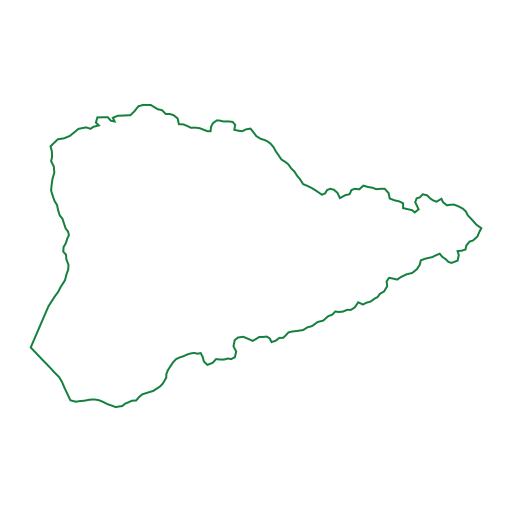 Formigueiro, Rio Grande do Sul, Brazil
{"feature_id": "56859067B95835939959880", "entity_name": "Formigueiro", "entity_type": "district", "adm_level": 2, "iso_a3": "BRA", "parent_name": "Brazil", "parent_adm1": "Rio Grande do Sul", "projection": "robinson", "projection_center": [-53.474, -29.98], "detail": "fine", "context": "isolated", "style": "outline", "palette": "green", "viewbox_px": 512, "rotation_deg": 0, "n_neighbors": 0, "source": "geoboundaries", "source_scale": "gbopen_adm2", "svg_char_len": 3483}
<svg xmlns="http://www.w3.org/2000/svg" viewBox="0 0 512 512"><path d="M161.9,110.1L157.8,109.3L150.8,105.0L143.2,104.9L138.4,106.3L134.3,111.4L130.4,115.2L117.6,115.8L112.9,117.8L114.6,121.5L111.0,120.8L107.7,117.2L97.4,117.4L95.9,122.6L98.8,125.4L93.5,126.8L90.5,128.8L86.2,127.4L78.6,128.8L69.9,135.9L63.8,138.4L57.8,139.3L50.5,146.3L51.9,151.5L52.1,156.9L51.1,161.1L53.8,166.5L54.3,172.6L52.5,179.0L51.6,185.0L51.1,190.6L53.1,197.0L54.6,201.1L57.0,204.9L58.1,210.2L59.8,215.5L62.5,218.8L64.0,223.6L65.7,228.6L68.1,231.6L68.9,235.2L67.3,238.4L66.0,242.8L63.5,247.3L63.3,251.7L66.0,254.7L66.4,259.5L68.5,264.8L68.2,269.6L66.4,274.6L65.0,280.2L60.7,286.9L58.2,291.9L55.0,296.1L51.9,300.9L48.7,305.9L46.8,310.1L30.7,347.5L33.2,350.1L36.3,353.3L39.7,356.9L42.9,360.3L46.5,363.9L50.4,368.0L54.5,372.5L59.2,377.2L62.2,382.4L64.4,387.6L70.4,400.3L75.7,401.7L79.9,401.1L84.5,400.7L88.5,399.9L91.7,399.5L94.9,399.5L98.9,400.2L103.1,401.9L107.3,404.1L112.1,405.7L115.7,407.1L118.9,406.5L122.2,406.1L125.1,403.7L128.9,402.1L132.0,400.7L136.1,400.5L139.2,396.9L142.4,394.3L146.2,393.1L149.7,392.0L153.1,391.0L156.2,389.0L160.0,386.5L162.8,383.6L166.2,377.8L166.4,373.9L167.9,370.2L170.2,366.6L173.0,362.4L176.1,359.1L179.8,357.4L183.3,356.3L187.2,354.5L190.5,353.5L194.1,352.9L197.4,353.7L200.7,353.1L202.7,357.0L203.9,361.5L207.4,364.9L212.7,362.8L216.1,359.1L220.0,359.5L224.3,359.5L227.9,358.5L231.1,359.1L234.8,357.3L236.2,351.6L233.5,346.3L234.7,340.2L238.0,337.5L243.3,336.8L248.8,339.1L252.7,340.9L255.8,339.1L259.2,337.0L263.6,336.9L266.8,336.6L269.7,338.4L271.6,342.1L275.7,340.7L279.3,337.9L283.2,337.8L285.6,335.5L288.5,332.4L292.4,331.5L296.8,331.0L303.2,330.0L307.3,327.4L312.0,326.1L317.6,322.0L323.2,320.6L328.2,316.2L332.2,314.7L335.3,311.5L338.7,312.0L342.9,311.6L347.0,309.9L350.8,309.9L354.9,307.3L358.2,302.3L362.9,304.5L366.5,302.7L370.7,301.5L374.8,298.5L377.7,297.0L379.9,293.8L384.1,291.4L387.2,286.2L386.6,281.4L389.1,277.8L393.1,278.6L397.1,279.6L401.0,277.0L406.3,274.4L412.1,273.0L416.9,269.2L419.8,264.7L420.8,260.3L424.9,258.8L428.6,257.9L432.4,257.1L435.2,255.6L439.7,253.7L442.3,256.9L445.6,259.1L448.4,261.9L451.5,262.9L454.5,261.8L457.6,260.6L458.8,255.1L457.6,251.1L461.8,250.7L465.5,249.5L466.4,245.5L469.5,241.6L473.0,240.5L477.4,236.5L479.2,232.2L481.3,228.2L476.4,224.7L471.7,219.4L467.8,215.4L465.9,211.5L462.9,208.7L458.3,206.3L454.2,204.7L451.0,204.7L446.9,205.3L443.1,202.3L441.4,198.8L436.5,201.7L432.9,200.3L430.1,198.3L427.1,195.3L422.7,194.3L419.8,197.4L416.7,198.3L415.2,202.1L418.6,209.3L414.8,212.4L412.1,210.2L407.4,209.1L403.1,208.1L403.1,203.3L399.3,201.4L394.4,200.3L389.7,198.5L388.6,193.1L384.7,188.8L381.0,188.8L376.2,189.2L372.3,187.7L368.0,187.0L363.4,185.6L359.3,189.3L354.7,188.8L351.5,190.0L349.6,194.2L345.2,195.2L339.9,198.1L337.5,192.9L334.0,189.8L330.3,188.8L327.1,190.0L325.1,193.4L321.9,194.7L318.4,192.3L314.7,189.8L311.5,187.9L307.6,186.0L303.1,184.1L299.7,178.8L297.1,175.8L294.6,171.8L291.2,168.4L288.3,164.3L285.4,162.0L281.4,159.5L278.6,155.3L275.9,151.5L273.5,147.1L270.4,143.5L267.5,141.4L264.5,140.0L260.6,138.8L256.3,136.1L253.4,132.2L250.5,128.6L245.9,129.4L242.3,131.2L238.7,130.8L234.3,129.8L235.2,124.8L232.6,121.9L228.2,121.4L223.4,121.5L220.0,120.6L216.8,120.4L212.9,123.2L211.0,127.0L210.6,131.2L207.4,131.2L203.8,129.8L199.7,128.2L194.9,127.6L191.0,127.8L187.8,126.2L183.4,124.4L178.9,124.2L177.6,118.4L173.6,115.2L169.9,114.0L165.8,114.0L161.9,110.1Z" fill="none" stroke="#15803d" stroke-width="2"/></svg>